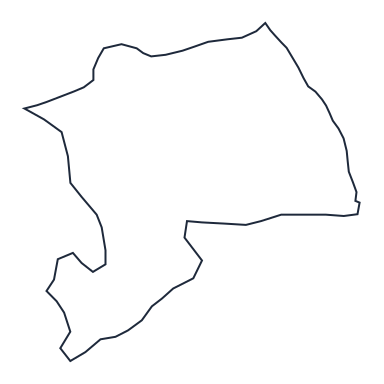 Trypimeni, Cyprus (Natural Earth projection)
{"feature_id": "46923920B43934732420538", "entity_name": "Trypimeni", "entity_type": "district", "adm_level": 2, "iso_a3": "CYP", "parent_name": "Cyprus", "parent_adm1": "", "projection": "natural_earth1", "projection_center": [33.639, 35.301], "detail": "fine", "context": "isolated", "style": "outline", "palette": "slate", "viewbox_px": 384, "rotation_deg": 0, "n_neighbors": 0, "source": "geoboundaries", "source_scale": "gbopen_adm2", "svg_char_len": 1125}
<svg xmlns="http://www.w3.org/2000/svg" viewBox="0 0 384 384"><path d="M24.4,108.5L44.0,119.4L61.6,132.1L67.9,156.2L70.4,182.9L81.6,196.9L96.7,214.7L101.7,227.4L105.5,250.3L105.5,264.3L92.9,271.9L81.6,263.0L72.9,252.9L57.8,259.2L54.0,279.6L46.5,291.0L56.6,301.2L64.1,312.6L70.3,331.7L60.3,348.2L70.3,361.0L85.4,352.1L100.5,339.3L115.5,336.8L128.0,330.4L141.8,320.3L151.9,306.3L161.9,298.6L173.2,288.5L193.3,278.3L202.0,260.5L184.5,237.6L187.0,221.1L202.0,222.4L224.6,223.6L245.9,224.9L261.0,221.1L281.1,214.7L297.4,214.7L311.2,214.7L326.2,214.7L343.8,216.0L357.5,214.2L359.6,202.6L355.4,200.9L356.5,192.1L352.9,182.2L348.8,171.7L347.7,161.3L346.7,150.9L343.6,138.4L338.5,128.5L332.8,120.7L329.7,113.4L326.1,105.6L322.0,99.4L315.4,91.6L308.2,86.4L303.5,78.0L298.4,67.6L292.8,58.2L286.6,47.8L281.5,42.6L274.8,35.3L270.2,30.1L265.3,23.0L264.6,23.6L256.3,31.2L241.9,37.7L227.4,39.3L208.2,41.8L194.5,46.6L182.5,50.7L165.6,54.8L151.2,56.4L143.2,53.1L136.7,48.3L121.5,44.2L103.8,48.3L98.2,58.0L93.4,69.4L93.4,80.0L83.8,87.3L74.1,91.4L63.7,95.4L46.8,101.9L37.2,105.2L24.4,108.5Z" fill="none" stroke="#1e293b" stroke-width="2"/></svg>